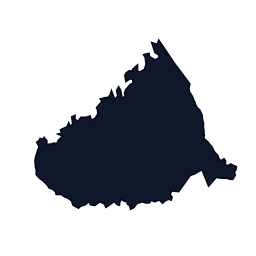 the district of Seberi, Rio Grande do Sul, Brazil, rotated 79°
{"feature_id": "56859067B19593958817427", "entity_name": "Seberi", "entity_type": "district", "adm_level": 2, "iso_a3": "BRA", "parent_name": "Brazil", "parent_adm1": "Rio Grande do Sul", "projection": "robinson", "projection_center": [-53.366, -27.504], "detail": "fine", "context": "isolated", "style": "filled", "palette": "ink", "viewbox_px": 256, "rotation_deg": 79, "n_neighbors": 0, "source": "geoboundaries", "source_scale": "gbopen_adm2", "svg_char_len": 2348}
<svg xmlns="http://www.w3.org/2000/svg" viewBox="0 0 256 256"><g transform="rotate(79 128 128)"><path d="M177.0,211.3L179.5,211.3L180.8,205.8L183.3,203.8L185.4,200.4L188.6,197.4L191.1,197.1L193.5,196.6L195.0,194.7L197.3,191.9L195.7,189.1L195.3,184.6L192.7,180.4L196.2,179.6L197.8,175.4L195.2,169.8L197.8,165.9L201.8,164.8L198.8,158.0L197.6,155.2L200.9,153.7L202.3,151.2L199.3,150.1L196.4,148.3L198.6,146.5L200.3,143.2L202.8,143.1L204.3,141.2L208.3,141.0L207.3,137.4L203.9,133.6L203.2,128.3L205.1,124.6L205.6,121.1L203.1,118.8L205.5,116.4L204.8,110.9L208.5,108.4L206.8,105.7L205.7,102.0L207.1,99.3L204.2,97.8L201.3,99.3L198.1,97.1L200.2,90.4L186.6,76.1L185.8,71.5L183.1,63.4L200.5,60.0L193.3,50.6L194.6,47.6L195.6,43.8L196.4,40.0L197.8,37.9L198.4,34.9L194.6,31.5L191.8,32.0L189.4,29.9L186.6,28.9L184.8,31.6L182.9,33.9L183.7,36.5L183.2,39.5L178.8,38.5L176.4,39.6L177.8,43.1L175.5,44.6L172.2,45.0L169.4,46.7L166.9,48.0L164.4,48.5L162.1,49.2L160.1,50.7L157.2,51.9L154.4,54.2L152.2,55.6L149.9,54.4L147.7,54.4L145.2,53.9L142.0,53.9L137.9,52.9L135.3,53.1L133.0,53.2L129.8,52.7L126.7,53.5L123.7,54.2L121.6,56.0L118.8,57.0L115.7,57.3L112.8,58.2L110.3,58.5L107.4,59.4L104.1,60.8L100.5,60.5L96.6,58.8L73.2,70.1L47.5,81.0L51.3,83.5L48.6,88.5L58.9,87.2L62.5,83.8L65.0,84.2L66.2,88.4L62.1,93.1L58.7,93.1L58.9,98.8L61.8,97.7L69.1,98.2L73.6,100.8L75.4,106.1L73.6,107.7L67.8,106.5L71.2,112.3L73.4,112.8L71.9,115.6L73.3,119.0L75.8,121.2L78.7,121.2L82.1,121.3L80.0,116.1L81.6,114.1L85.1,114.7L85.5,117.4L89.9,123.0L93.0,124.8L95.7,124.8L98.4,128.0L89.3,128.0L85.6,129.4L89.1,132.1L94.3,132.0L97.2,134.6L95.2,135.9L88.1,137.1L92.0,139.2L94.1,141.9L93.8,144.7L94.1,149.8L97.2,148.7L99.3,151.6L102.0,155.1L104.1,154.5L108.2,154.9L112.0,158.2L113.5,162.3L108.8,163.0L109.5,167.2L108.5,172.2L111.9,175.9L109.2,178.4L105.5,177.5L106.3,181.2L113.1,181.5L115.9,184.2L111.5,185.2L115.2,187.7L116.0,191.4L116.8,194.7L120.3,194.1L120.6,198.1L123.3,193.8L126.7,198.6L130.8,201.9L128.6,202.8L129.0,207.4L128.5,210.9L125.1,210.0L121.1,212.1L122.6,213.8L121.4,216.4L123.3,217.9L124.5,220.4L129.4,218.9L132.6,220.9L135.4,222.3L137.6,223.7L139.9,224.7L142.3,225.6L145.5,226.0L149.1,226.3L152.0,226.1L156.0,227.1L158.2,225.9L161.1,224.0L163.5,221.6L166.7,219.5L169.1,217.8L171.7,217.1L173.2,214.4L174.8,212.7L177.0,211.3Z" fill="#0f172a" stroke="#020617" stroke-width="1.5"/></g></svg>